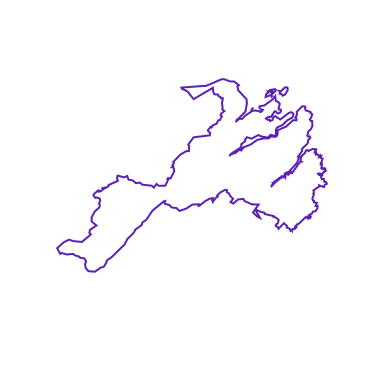 the district of Carrigaline Lea-6, Cork, Ireland, rotated 324°
{"feature_id": "5873133B49467827523795", "entity_name": "Carrigaline Lea-6", "entity_type": "district", "adm_level": 2, "iso_a3": "IRL", "parent_name": "Ireland", "parent_adm1": "Cork", "projection": "equal_earth", "projection_center": [-8.381, 51.806], "detail": "fine", "context": "isolated", "style": "outline", "palette": "violet", "viewbox_px": 384, "rotation_deg": 324, "n_neighbors": 0, "source": "geoboundaries", "source_scale": "gbopen_adm2", "svg_char_len": 6104}
<svg xmlns="http://www.w3.org/2000/svg" viewBox="0 0 384 384"><g transform="rotate(324 192 192)"><path d="M211.4,155.6L204.8,154.9L194.5,156.6L194.4,158.0L191.9,158.8L192.2,160.0L190.3,160.2L191.2,161.1L191.1,162.6L189.7,164.9L182.7,168.4L180.8,166.7L179.8,166.9L180.3,167.9L174.1,171.2L168.7,167.4L168.0,164.6L163.8,166.0L163.1,163.2L156.0,156.8L155.5,153.9L151.8,151.9L150.9,147.9L147.9,144.7L149.0,141.0L145.7,140.3L141.5,135.0L139.4,136.8L138.7,139.4L128.5,137.3L127.7,138.3L123.9,137.9L124.0,137.1L121.7,136.3L121.9,137.6L118.8,137.8L117.4,137.2L118.0,136.8L117.2,135.6L111.2,136.1L110.2,137.0L110.4,140.0L112.0,140.6L113.5,143.5L112.4,145.4L110.1,146.5L109.8,148.4L107.9,150.0L101.8,150.6L95.9,153.5L93.5,156.9L95.0,162.9L87.1,162.7L84.9,164.8L85.2,166.9L73.6,167.7L67.0,161.9L64.6,158.3L58.8,157.3L49.9,158.2L49.0,164.5L50.7,164.7L54.0,169.0L59.5,172.2L60.0,174.4L62.7,177.9L62.8,179.4L65.9,182.5L65.6,185.9L63.0,187.6L61.3,191.1L61.7,195.2L66.6,199.4L73.8,199.5L76.5,200.7L81.3,198.8L82.7,197.3L88.4,197.5L106.7,194.8L112.0,192.1L120.9,190.7L124.2,189.1L131.9,189.2L134.0,187.5L138.5,187.7L149.2,183.8L163.7,183.0L165.0,183.5L163.3,184.6L163.2,185.8L166.3,189.5L166.2,191.5L167.2,193.4L169.9,195.7L170.8,200.0L177.5,202.0L184.9,202.4L190.3,206.0L189.2,207.2L190.0,207.5L197.2,207.1L202.4,207.8L205.2,209.2L203.5,210.4L203.0,212.3L207.5,210.8L210.3,210.8L210.4,209.5L215.0,209.0L220.3,209.8L221.4,210.9L220.1,212.6L221.0,214.5L220.6,217.9L221.2,221.7L217.3,222.8L218.6,225.6L225.0,225.1L229.5,227.8L229.2,230.1L233.1,237.1L238.5,241.3L229.3,244.4L230.3,250.1L231.8,252.9L232.5,245.7L233.5,244.0L235.7,248.3L238.4,251.2L237.9,252.6L243.8,259.3L243.2,259.9L245.0,262.2L245.7,265.6L243.0,267.8L241.2,267.6L239.8,268.5L240.8,271.1L240.4,272.6L248.1,271.3L248.9,275.2L247.7,276.4L249.5,279.1L248.8,281.3L250.4,281.4L250.3,282.2L251.5,281.1L253.3,282.1L254.5,281.2L254.3,282.1L255.7,281.8L255.3,281.0L256.0,280.3L256.5,280.9L258.1,279.9L259.3,280.5L269.5,279.1L270.0,281.0L271.7,279.9L271.9,281.5L271.0,282.1L272.2,282.7L273.6,281.6L273.2,280.5L273.9,280.4L273.9,279.4L276.6,279.9L278.3,278.9L280.6,280.2L283.6,279.1L285.4,277.2L283.8,276.0L286.6,274.2L284.6,272.1L285.4,271.0L284.9,270.8L285.4,268.1L289.1,265.8L289.1,264.6L290.8,263.8L291.2,262.0L298.4,262.3L298.8,261.3L300.5,264.1L301.5,263.8L300.9,264.4L301.6,265.5L303.9,264.2L305.9,264.6L306.4,262.5L305.0,261.5L306.3,258.9L304.7,258.0L305.1,255.8L306.4,255.1L304.7,252.6L304.7,251.3L306.0,251.8L307.7,254.6L308.7,253.5L311.6,253.6L311.1,253.2L312.3,253.0L312.3,252.0L314.3,252.0L313.1,251.6L313.3,250.6L311.0,250.0L311.6,249.0L310.8,248.6L313.4,246.1L312.5,245.5L313.7,244.8L313.2,244.5L317.2,241.9L316.2,239.8L317.7,238.9L316.0,238.4L317.0,238.0L316.0,238.1L316.6,237.6L315.9,237.6L315.6,235.2L314.4,234.8L315.4,233.4L314.6,233.1L316.6,231.3L315.4,231.3L317.1,229.9L314.7,228.0L310.2,227.3L310.2,226.0L308.6,225.4L306.4,226.8L301.2,227.5L297.8,230.8L298.4,231.8L296.5,231.4L284.0,235.5L282.9,235.0L283.5,235.2L283.8,233.9L280.1,234.6L280.4,233.6L279.2,233.4L278.2,232.5L275.9,235.2L275.9,234.2L272.6,232.9L266.1,233.0L265.3,232.7L265.0,232.2L264.8,232.2L264.3,232.9L263.3,232.4L263.4,233.2L262.3,233.2L263.4,233.2L263.5,233.0L263.3,232.5L264.3,232.9L264.9,232.2L265.2,232.8L265.8,233.0L258.8,234.3L261.9,233.0L263.2,233.1L263.1,232.3L264.3,232.7L264.9,231.9L266.2,232.7L267.4,232.0L268.1,232.6L270.7,231.8L272.5,232.6L273.4,231.9L273.9,232.2L273.4,232.8L275.5,232.8L276.2,233.6L277.5,232.3L278.4,232.1L279.4,233.1L280.5,232.6L279.5,231.8L280.6,231.9L280.9,232.5L280.1,233.0L294.2,230.1L298.0,227.5L298.5,225.7L299.1,225.6L299.3,227.6L299.5,225.5L305.2,223.6L306.5,221.7L313.7,220.7L315.3,219.9L316.0,218.5L319.6,217.7L320.0,216.2L318.4,215.3L318.4,214.2L321.7,211.4L325.2,211.0L328.3,209.3L330.9,205.2L329.8,204.3L330.0,202.5L332.3,201.8L335.0,199.7L334.3,197.6L334.9,196.8L331.9,192.7L332.7,190.7L333.5,190.0L333.6,190.8L333.7,189.2L331.5,187.4L323.9,188.7L322.3,191.2L319.2,192.7L319.9,193.7L318.6,195.4L316.0,193.3L306.6,194.4L297.7,192.4L294.9,195.9L293.0,196.6L290.9,195.7L289.0,193.6L285.3,193.6L282.2,191.2L275.4,188.2L267.5,188.1L260.4,186.3L259.2,186.7L258.3,185.7L256.6,187.5L256.0,187.0L256.8,186.1L255.4,185.7L249.8,185.9L246.0,184.4L243.3,185.0L244.8,184.3L247.4,184.1L257.6,184.6L259.1,183.9L259.8,182.3L264.8,182.2L265.6,180.9L268.7,180.0L271.4,183.8L279.2,185.0L280.9,188.1L285.3,192.5L289.2,192.0L290.3,192.8L290.5,194.2L292.2,195.1L293.8,194.8L296.4,191.0L298.8,189.8L304.5,191.0L311.1,190.0L316.9,190.7L319.4,189.4L320.0,187.4L319.1,185.7L316.8,185.0L306.0,185.2L303.8,179.4L302.1,179.2L299.3,181.1L296.8,180.5L297.1,178.8L295.8,178.3L295.0,176.1L297.8,176.0L300.1,177.7L306.2,175.3L307.3,176.2L307.3,178.7L309.2,179.6L311.4,179.1L312.3,177.4L310.8,176.4L311.0,175.4L314.9,172.2L314.7,169.8L313.3,167.7L315.6,163.4L311.7,164.5L301.4,164.5L297.1,162.4L296.0,163.4L296.4,165.9L297.6,167.2L295.5,167.9L294.0,167.2L294.2,166.5L291.0,163.2L288.1,161.7L288.2,160.7L291.3,159.7L288.2,160.6L287.8,161.7L285.6,161.8L280.1,161.4L275.7,162.4L273.0,160.5L268.3,161.0L270.5,160.8L270.0,160.4L271.9,159.4L270.6,160.3L282.6,158.3L289.1,152.0L289.0,151.3L290.6,149.4L290.6,149.1L289.2,137.0L290.8,133.3L292.7,133.2L291.0,127.3L288.1,125.2L284.2,119.5L281.9,118.1L266.1,114.5L244.8,101.3L244.5,102.3L247.5,108.1L247.9,117.8L270.2,120.0L268.1,123.3L267.5,126.1L270.3,128.5L269.8,129.6L271.0,132.7L270.6,133.2L272.0,134.4L268.6,137.6L266.2,141.9L265.1,142.7L265.8,145.5L261.8,145.7L260.3,146.6L260.7,148.3L256.7,150.3L255.6,149.4L251.7,151.3L248.4,150.2L245.8,151.3L245.5,150.2L241.3,151.3L240.8,152.6L241.5,154.8L239.7,156.6L225.4,148.7L216.9,151.4L216.5,153.5L213.5,157.1L211.4,155.6ZM320.7,164.0L322.1,165.6L321.9,167.3L324.5,167.9L329.5,165.7L330.6,163.6L328.8,162.0L323.2,162.8L321.9,161.5L322.2,162.7L320.7,164.0ZM318.9,159.3L319.7,158.8L319.6,157.5L314.9,155.3L314.1,155.4L315.9,156.3L316.3,158.0L315.9,158.9L314.9,158.2L314.9,159.9L314.4,156.3L313.1,155.4L313.3,156.1L312.3,156.5L309.7,156.3L307.4,158.4L313.5,160.1L318.9,159.3ZM314.0,161.5L312.6,161.2L312.4,161.7L314.0,161.5Z" fill="none" stroke="#5b21b6" stroke-width="2"/></g></svg>